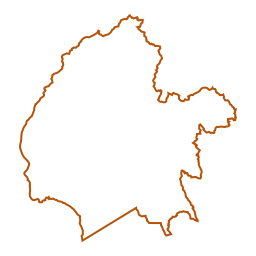 the district of Mackenzie District, Canterbury, New Zealand
{"feature_id": "76426892B16622223508882", "entity_name": "Mackenzie District", "entity_type": "district", "adm_level": 2, "iso_a3": "NZL", "parent_name": "New Zealand", "parent_adm1": "Canterbury", "projection": "albers", "projection_center": [170.575, -43.938], "detail": "fine", "context": "isolated", "style": "outline", "palette": "amber", "viewbox_px": 256, "rotation_deg": 0, "n_neighbors": 0, "source": "geoboundaries", "source_scale": "gbopen_adm2", "svg_char_len": 5786}
<svg xmlns="http://www.w3.org/2000/svg" viewBox="0 0 256 256"><path d="M43.7,96.1L40.4,98.4L39.4,100.9L37.3,102.6L36.2,104.1L35.5,104.2L34.2,108.3L34.3,109.8L31.9,116.0L29.6,118.0L28.4,119.8L27.1,120.5L26.5,121.8L26.1,124.1L23.8,127.3L21.6,133.1L21.2,140.0L20.1,145.3L20.1,147.9L22.1,153.9L24.1,157.4L27.7,161.0L29.2,163.5L28.9,165.3L27.5,169.2L24.5,172.6L24.3,173.6L24.8,174.8L27.2,177.3L27.8,179.0L27.5,180.1L28.7,180.7L29.9,182.7L30.0,184.5L29.7,185.1L30.0,186.0L29.8,187.0L30.2,189.5L29.8,192.8L29.9,196.4L31.9,199.3L32.7,199.9L34.8,200.1L37.5,198.9L38.7,199.6L39.3,202.2L41.2,202.3L42.1,202.1L42.6,200.8L44.4,200.1L44.8,200.5L45.3,200.3L45.2,199.4L46.4,197.5L48.0,198.0L48.8,197.1L49.1,197.7L48.5,198.7L48.9,199.1L49.8,198.6L51.5,199.1L53.0,198.6L55.5,199.9L56.8,200.0L57.8,201.1L61.8,201.8L62.9,202.8L64.8,203.2L66.1,204.3L69.4,205.9L73.9,209.5L77.9,214.8L80.0,216.1L79.9,218.1L80.3,220.4L79.7,223.0L80.5,225.4L81.0,225.9L82.8,230.5L82.8,234.5L81.6,235.8L82.5,240.6L136.1,207.9L136.1,208.9L137.5,210.4L138.4,212.3L138.8,214.6L141.6,216.4L145.6,215.8L145.8,217.3L146.9,218.9L147.0,220.7L147.7,221.1L149.1,223.0L160.9,223.1L161.1,225.5L161.9,226.4L163.3,230.3L164.1,231.1L165.0,233.9L166.2,235.5L171.1,234.2L169.7,232.1L168.0,230.4L167.7,229.7L168.0,228.9L167.7,228.8L168.8,227.0L168.6,226.6L168.8,225.5L168.5,225.4L168.9,225.0L168.4,224.7L168.3,224.1L168.7,223.8L168.5,223.2L169.0,222.5L168.8,221.9L169.1,221.5L168.8,221.1L169.2,220.4L170.2,219.2L170.6,219.2L170.8,218.5L172.2,217.9L172.5,216.7L174.6,216.9L175.9,216.4L176.0,215.7L177.0,215.4L176.7,214.7L177.0,213.6L180.0,211.8L182.1,211.9L183.5,211.2L184.4,211.7L187.8,212.1L188.0,213.0L189.5,214.3L190.4,217.0L190.4,218.4L191.2,218.9L193.0,218.8L195.4,220.3L197.7,221.1L197.7,220.5L195.7,216.7L194.6,211.5L192.9,208.8L193.2,208.8L193.4,208.1L193.0,208.0L193.2,207.6L192.8,207.1L193.2,206.6L192.2,205.4L191.0,205.0L190.3,202.3L189.2,200.9L188.4,200.5L187.3,198.2L185.9,197.0L185.4,193.5L184.2,190.8L182.9,189.7L182.9,187.3L182.3,186.0L181.5,185.3L180.6,180.5L180.0,179.0L181.9,176.0L181.2,173.9L181.6,170.7L182.4,170.5L182.8,171.0L183.7,171.2L184.2,171.7L184.2,172.4L184.8,172.6L184.9,173.0L185.5,172.5L186.2,173.2L187.3,173.1L187.4,174.4L187.9,174.6L188.1,175.4L189.0,175.8L190.2,175.6L191.3,176.5L191.4,177.4L195.8,176.9L198.3,178.3L200.3,178.5L200.8,177.7L201.1,176.4L200.7,174.9L201.7,172.5L201.4,170.2L200.6,169.1L200.6,168.4L199.8,167.3L198.8,164.7L198.9,163.0L198.4,161.6L198.7,160.9L198.4,160.5L198.5,159.8L197.8,159.0L198.8,157.7L198.4,155.7L198.1,155.4L197.2,155.7L196.5,155.0L197.1,154.1L198.0,154.0L198.3,152.8L199.8,150.3L196.3,147.3L195.8,146.2L196.9,145.4L196.7,145.1L195.5,144.1L195.0,144.3L193.0,142.9L194.2,142.2L194.6,141.3L196.2,140.5L197.2,139.0L196.6,138.7L196.4,137.3L196.9,135.6L196.9,134.0L200.4,133.7L199.9,132.1L200.7,130.3L199.2,128.8L199.3,125.0L200.3,124.4L203.9,128.7L203.4,129.5L206.5,132.6L208.9,131.9L210.8,133.0L211.8,132.7L213.5,133.1L214.4,132.6L214.3,131.0L215.0,130.4L215.6,128.0L216.6,127.0L219.8,126.9L220.7,126.5L224.8,127.1L226.1,126.4L227.1,126.6L228.7,126.1L229.5,125.0L228.6,124.3L228.8,123.3L228.2,122.5L229.2,121.6L227.9,120.8L228.0,119.0L231.3,118.7L232.1,118.3L232.8,118.7L233.8,120.3L234.4,120.3L235.2,120.0L235.1,119.6L235.4,119.1L235.2,118.0L235.6,118.1L235.9,117.7L235.2,115.6L235.3,114.5L234.3,113.4L235.0,112.6L234.9,111.4L235.4,110.8L235.7,109.5L234.9,109.8L234.1,108.9L233.9,107.7L231.9,106.2L231.3,104.8L230.1,104.4L228.9,101.5L227.7,100.2L225.4,100.5L223.7,97.8L224.1,97.0L223.2,94.5L222.4,95.0L219.7,95.0L218.5,93.5L217.3,93.2L217.0,92.4L215.9,91.7L215.6,89.7L215.2,89.1L212.5,88.6L212.4,87.9L211.7,88.9L209.5,90.0L207.2,88.1L205.8,87.7L203.1,87.7L201.6,88.5L199.5,91.1L197.9,92.2L194.0,93.9L192.9,95.1L191.0,94.9L188.2,96.4L188.6,97.6L189.1,97.6L188.7,99.6L186.7,99.9L185.0,99.3L183.8,101.1L181.9,101.1L180.5,100.5L178.9,98.7L179.1,97.7L178.8,97.2L178.9,96.5L179.3,95.7L177.2,94.3L174.3,93.5L173.6,92.9L172.7,93.6L172.1,95.0L168.5,93.3L168.7,93.9L168.0,96.4L166.5,98.7L166.3,101.1L165.3,102.2L163.3,102.3L161.5,101.6L160.2,101.8L159.3,101.2L158.0,99.7L158.9,98.6L159.3,96.6L160.1,95.8L160.8,94.2L161.5,91.0L160.6,90.2L159.3,91.0L158.7,90.4L157.1,91.2L155.9,90.5L154.8,88.0L153.5,86.2L154.4,85.1L154.7,84.2L154.4,83.5L154.7,82.8L153.9,82.2L153.1,80.8L153.4,79.8L155.4,77.0L154.6,74.6L157.1,71.6L156.0,70.2L157.3,68.8L157.6,67.8L156.9,66.8L157.4,65.3L159.6,63.2L160.7,60.0L162.0,58.6L161.4,56.0L160.0,54.8L159.2,53.3L159.0,51.9L158.5,51.3L158.5,50.4L160.3,48.4L160.0,46.5L157.4,45.8L155.4,46.1L154.6,45.7L154.4,45.0L153.7,44.4L152.6,44.6L151.6,43.7L150.8,44.3L150.0,44.1L148.4,42.0L147.4,41.8L146.3,40.7L146.6,40.0L146.2,39.2L146.2,37.8L145.6,36.8L144.3,36.0L144.4,35.0L144.2,33.9L144.7,32.8L144.4,32.3L141.2,31.5L140.0,30.0L138.7,29.4L138.5,27.9L137.5,27.1L140.1,26.7L140.8,24.0L142.5,22.6L142.7,20.0L142.1,20.2L140.8,19.8L138.9,20.5L137.3,19.6L137.2,18.8L137.8,18.1L137.2,17.2L133.6,18.4L133.0,17.9L131.9,17.9L131.6,17.1L130.2,16.3L130.0,15.4L129.5,15.4L128.2,17.1L127.6,17.3L127.5,18.5L126.5,19.3L124.3,18.9L121.0,20.3L120.3,22.2L118.7,24.3L118.5,26.3L114.6,27.3L113.5,29.1L112.2,29.8L111.0,32.0L108.6,34.2L104.4,35.5L103.7,36.1L102.5,35.9L101.0,34.7L99.3,34.2L99.1,32.9L98.5,31.4L98.9,31.1L98.3,30.7L97.3,32.8L93.8,35.0L88.8,37.4L87.3,37.0L84.4,37.6L82.9,38.7L81.7,40.0L81.2,41.4L80.6,41.4L80.5,42.0L78.9,43.5L78.9,45.2L78.2,46.0L76.8,46.7L75.8,47.8L73.8,47.5L73.2,48.1L72.4,48.2L71.9,48.7L71.9,50.0L70.2,50.5L69.2,53.8L66.7,53.4L62.8,55.1L61.9,56.5L61.9,57.6L62.7,58.6L62.0,61.5L62.9,62.5L63.3,64.3L63.0,65.7L62.2,66.6L62.4,68.0L61.8,69.0L59.1,71.5L56.9,73.0L54.2,73.7L52.2,75.5L52.4,76.9L51.3,78.8L52.1,80.2L52.5,82.5L49.9,84.3L48.8,86.2L47.7,86.3L44.6,87.6L44.3,88.7L45.5,90.3L43.4,93.1L44.1,94.8L43.7,96.1Z" fill="none" stroke="#b45309" stroke-width="2"/></svg>